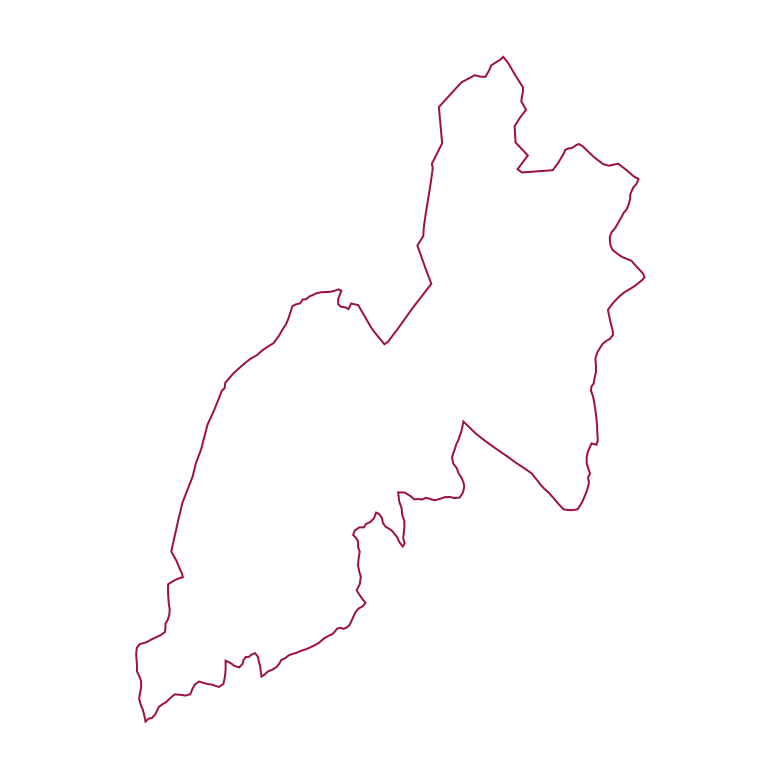 Luanda, Western, Kenya (Equal Earth projection), rotated 175°
{"feature_id": "3690345B72511409589589", "entity_name": "Luanda", "entity_type": "district", "adm_level": 2, "iso_a3": "KEN", "parent_name": "Kenya", "parent_adm1": "Western", "projection": "equal_earth", "projection_center": [34.601, 0.021], "detail": "fine", "context": "isolated", "style": "outline", "palette": "rose", "viewbox_px": 768, "rotation_deg": 175, "n_neighbors": 0, "source": "geoboundaries", "source_scale": "gbopen_adm2", "svg_char_len": 4798}
<svg xmlns="http://www.w3.org/2000/svg" viewBox="0 0 768 768"><g transform="rotate(175 384 384)"><path d="M216.1,243.5L211.5,242.4L207.2,241.9L202.0,242.3L197.1,248.8L194.0,254.4L192.3,257.7L190.3,262.2L188.4,268.2L188.9,273.2L186.5,276.8L187.7,281.3L189.0,286.9L188.5,293.1L187.3,297.5L184.9,302.4L182.4,306.7L177.7,305.0L175.9,309.4L175.7,318.7L175.4,323.5L175.4,332.3L175.6,337.9L176.2,346.8L176.8,353.0L178.4,359.5L177.5,363.5L175.2,366.1L173.6,371.8L171.7,378.0L171.3,383.3L171.2,391.3L168.5,397.2L165.4,401.5L162.3,405.3L158.5,407.7L155.0,409.3L151.6,412.9L151.6,417.7L152.9,425.0L154.5,438.3L151.7,441.5L148.3,445.2L143.8,449.2L140.6,451.7L136.1,454.7L132.6,456.3L129.5,457.8L124.7,460.3L121.3,462.7L117.8,465.0L115.2,467.6L116.4,471.6L119.6,475.6L122.2,479.0L124.3,481.8L126.8,485.2L130.9,487.3L135.4,489.6L139.8,493.1L144.6,497.7L146.2,502.1L146.5,506.5L146.2,511.0L143.9,515.6L140.2,519.1L137.6,522.8L133.8,528.2L130.4,533.5L127.0,536.9L124.6,541.5L122.8,546.5L122.1,551.6L118.7,557.9L115.0,561.3L112.6,566.1L116.6,568.6L120.1,572.2L123.4,575.6L131.5,583.1L136.7,582.4L141.1,581.9L146.4,583.9L150.7,587.7L155.0,591.7L165.5,603.6L169.0,606.1L172.4,604.9L176.0,602.8L180.1,602.5L183.0,601.5L184.7,598.2L190.9,589.5L197.2,582.3L228.2,582.7L232.2,586.3L220.8,599.1L224.3,603.6L231.9,613.1L231.6,623.6L231.4,629.5L229.2,632.3L225.8,636.9L222.4,640.6L218.6,644.8L222.6,653.7L221.3,659.1L220.2,662.8L219.7,667.4L223.3,674.3L226.7,681.0L232.0,692.3L234.5,696.3L236.7,699.5L240.3,696.7L243.9,695.0L249.3,692.1L252.0,687.2L256.2,681.1L261.2,681.8L266.6,683.7L280.7,677.7L305.2,655.1L305.1,624.0L305.1,618.7L317.1,599.3L316.6,594.8L319.7,581.2L327.5,550.3L330.6,537.1L332.0,527.9L338.7,519.1L332.6,495.7L328.1,479.7L336.5,470.6L349.6,456.4L365.0,438.3L376.2,425.9L380.1,423.5L383.0,427.8L387.4,434.1L391.3,440.3L393.8,445.5L402.8,464.8L409.7,467.1L412.9,461.7L415.7,463.7L420.4,464.8L422.7,467.7L422.3,472.6L418.4,480.6L421.2,482.2L426.1,481.0L430.0,480.5L434.3,480.7L438.6,480.9L443.5,480.3L447.2,478.8L450.3,477.9L454.2,475.3L457.7,475.3L460.5,471.7L465.0,471.0L468.5,469.5L473.5,457.6L476.4,452.0L480.7,446.7L484.4,441.2L487.1,438.2L490.5,434.3L498.0,430.6L502.6,427.9L507.9,423.9L514.3,421.1L521.4,416.5L527.2,412.2L533.3,407.6L542.0,399.1L543.3,393.5L545.9,391.8L555.1,373.5L563.4,358.8L566.8,349.2L571.9,334.8L573.8,330.8L578.4,321.2L582.8,308.3L595.2,283.2L598.5,273.1L600.4,267.7L610.5,235.7L608.3,230.7L606.1,225.9L604.9,221.9L603.5,217.4L602.0,213.4L601.2,209.1L605.2,208.3L609.4,206.8L613.6,204.9L616.5,203.3L617.0,199.2L617.4,193.4L617.5,186.9L617.5,182.8L617.1,178.2L618.0,172.7L620.3,167.4L622.5,164.6L623.0,160.0L623.8,156.0L628.0,153.5L633.3,151.5L638.7,149.5L642.7,147.6L646.5,146.8L649.9,146.2L653.2,142.8L654.5,136.3L654.5,131.0L654.6,125.2L655.1,119.1L652.9,113.3L651.9,109.0L652.4,103.0L654.0,97.4L655.4,91.9L654.3,85.6L652.6,80.5L651.7,74.9L651.0,68.5L647.3,71.3L644.2,71.5L640.5,75.1L636.5,81.9L632.2,84.5L628.9,86.0L625.3,88.9L622.7,90.9L619.7,93.0L616.7,92.6L613.2,92.0L608.9,90.9L604.0,91.8L601.3,97.2L598.5,101.1L594.3,103.7L589.7,101.9L585.5,100.4L582.4,99.8L578.9,98.3L574.9,96.6L570.2,99.1L568.5,104.5L567.4,108.9L566.5,114.9L565.9,122.2L561.3,119.5L557.4,116.1L553.0,114.3L549.3,117.5L547.9,121.4L545.5,124.1L542.3,123.9L539.6,126.0L535.9,127.1L533.5,123.5L533.0,119.5L532.0,113.9L531.9,109.5L531.5,103.2L528.7,104.7L524.6,107.8L519.9,109.2L515.4,111.7L512.9,114.3L510.3,118.1L506.1,119.6L502.4,122.1L497.3,123.3L494.1,124.0L490.4,125.3L485.5,126.4L480.8,127.9L476.1,129.7L471.4,131.8L466.8,135.2L461.2,138.0L457.2,139.3L454.5,141.7L452.0,144.4L448.9,144.9L445.7,143.7L442.7,144.5L439.7,146.5L437.7,149.6L434.9,154.7L432.3,159.2L429.1,162.4L424.5,164.5L421.5,167.7L424.7,172.3L427.6,177.6L429.2,181.0L425.6,186.7L423.9,194.2L425.0,199.3L425.7,205.2L424.8,211.1L422.8,219.0L424.0,223.7L423.5,229.6L425.7,233.7L427.9,236.3L426.0,240.6L420.8,243.4L416.5,242.9L413.9,246.3L409.8,247.6L405.7,251.1L403.1,256.6L400.3,255.0L397.7,250.8L397.2,245.7L395.0,241.9L392.3,239.9L389.0,237.3L386.7,233.9L384.5,230.8L382.3,224.8L379.5,220.5L377.3,223.5L378.3,228.9L377.2,234.2L376.1,240.1L375.7,246.0L377.2,251.4L377.3,258.7L379.0,265.2L379.2,270.7L379.4,274.8L372.9,274.1L367.6,270.2L363.8,266.5L360.4,266.5L356.0,265.6L352.4,267.0L348.9,265.8L343.8,263.7L338.8,264.6L333.3,266.0L328.1,265.7L323.7,264.2L318.4,264.3L314.8,269.1L313.1,274.4L313.3,278.7L315.1,284.1L317.7,289.0L318.8,293.8L321.9,298.7L322.7,304.8L321.1,308.8L319.2,312.9L317.1,317.9L315.1,321.0L313.0,325.9L311.1,330.0L309.6,334.6L308.2,339.7L296.9,326.7L291.7,321.7L286.5,317.0L279.5,311.0L272.9,305.5L266.3,300.1L260.3,294.7L254.4,290.1L249.0,285.7L245.0,282.4L242.3,278.4L239.3,274.1L236.9,270.1L233.2,265.4L229.2,261.1L225.0,255.5L220.8,249.5L216.1,243.5Z" fill="none" stroke="#9f1239" stroke-width="2"/></g></svg>